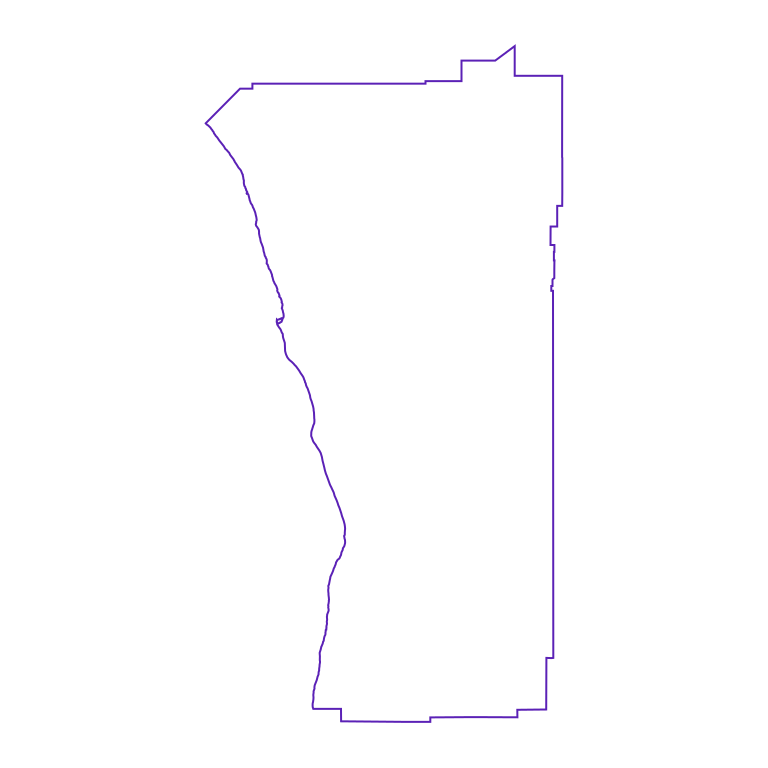 the district of Irwin, Western Australia, Australia
{"feature_id": "25037944B44454952814800", "entity_name": "Irwin", "entity_type": "district", "adm_level": 2, "iso_a3": "AUS", "parent_name": "Australia", "parent_adm1": "Western Australia", "projection": "mercator", "projection_center": [114.943, -29.341], "detail": "fine", "context": "isolated", "style": "outline", "palette": "violet", "viewbox_px": 768, "rotation_deg": 0, "n_neighbors": 0, "source": "geoboundaries", "source_scale": "gbopen_adm2", "svg_char_len": 6068}
<svg xmlns="http://www.w3.org/2000/svg" viewBox="0 0 768 768"><path d="M546.2,709.5L546.4,657.9L551.5,658.1L553.3,657.9L553.1,405.9L553.0,290.8L551.3,290.8L551.3,286.0L552.5,286.0L552.5,279.8L552.7,279.3L554.3,278.1L554.3,269.8L554.4,261.6L554.5,261.2L554.5,260.4L553.9,260.4L553.9,251.9L554.4,251.9L554.4,245.0L550.5,245.0L550.6,226.5L557.2,226.5L557.2,205.9L562.2,205.9L562.3,193.0L562.3,157.8L562.1,157.3L562.2,75.8L514.7,75.8L514.7,46.1L495.2,60.6L461.5,60.6L461.5,81.1L425.5,81.1L425.5,83.7L252.4,83.7L252.4,88.7L240.0,88.7L205.7,123.3L206.6,124.4L208.1,125.4L209.6,126.8L210.4,127.6L211.4,129.1L212.2,130.0L212.7,131.0L213.4,131.7L213.8,132.6L214.0,133.3L215.2,134.9L215.6,135.7L217.3,137.5L219.2,140.4L223.8,146.2L225.4,149.0L226.5,149.8L227.5,151.0L228.3,151.9L229.1,152.7L230.3,155.1L233.4,159.1L233.8,159.8L234.0,160.4L234.5,161.0L234.7,161.7L236.8,164.8L238.2,167.1L238.4,167.5L240.2,169.5L240.9,170.5L241.3,171.4L242.2,173.7L242.4,174.1L242.7,174.4L242.8,174.8L242.7,175.0L242.9,175.7L242.9,176.0L243.1,176.6L243.5,179.3L243.9,180.4L243.8,180.9L243.9,181.9L243.8,182.6L243.9,183.6L244.3,185.6L244.5,186.1L245.0,186.6L245.2,187.0L245.4,188.1L245.9,188.8L246.0,189.5L246.2,189.9L246.2,190.4L247.1,191.7L247.3,192.2L247.3,192.6L247.2,192.7L246.9,192.8L246.7,193.0L246.6,193.3L246.7,193.5L246.9,193.9L247.1,193.9L247.3,193.3L247.5,193.3L248.4,194.7L249.5,199.0L249.7,200.2L250.1,201.1L250.4,201.9L250.6,202.7L251.2,203.8L252.0,204.8L252.4,205.6L253.0,207.5L253.6,208.4L255.1,212.2L255.4,213.3L255.8,215.2L256.3,217.1L256.7,219.8L256.6,220.6L256.2,221.5L256.1,222.2L256.2,222.8L256.1,223.1L255.8,224.1L255.8,224.6L256.0,225.1L256.1,225.7L257.4,227.4L258.6,229.4L258.8,229.9L259.0,230.9L259.0,231.5L259.1,232.0L259.0,233.0L259.1,233.9L259.8,237.3L260.1,238.0L260.6,241.0L261.0,242.4L261.6,243.7L263.0,247.5L263.5,250.3L263.6,251.2L264.2,253.0L264.8,255.8L265.7,257.1L265.7,257.7L266.4,258.8L266.7,259.7L266.8,260.3L266.8,261.4L266.8,262.5L266.6,263.2L266.7,263.4L266.8,263.8L267.5,264.4L267.8,265.0L267.9,265.8L268.3,266.4L268.4,266.7L268.6,267.9L268.9,268.6L269.2,269.1L270.1,270.1L270.9,271.9L271.6,273.9L271.8,274.2L272.1,275.2L272.0,276.0L272.4,276.9L273.4,280.8L274.3,282.5L274.5,283.3L275.2,284.3L276.3,286.2L277.3,289.0L277.4,289.6L277.2,290.5L277.2,290.8L277.6,291.6L277.9,292.5L278.5,292.9L278.6,293.1L279.5,295.5L279.5,295.8L279.2,296.1L279.2,296.5L279.5,297.0L279.8,297.2L280.3,297.7L280.8,298.4L281.4,300.0L281.7,301.3L281.8,301.6L281.6,302.1L281.6,302.4L281.7,302.7L282.1,303.1L282.4,303.9L282.5,304.7L282.5,305.2L282.5,305.5L282.3,305.8L282.2,306.3L282.2,306.8L282.2,307.2L281.8,308.0L281.8,308.4L281.9,308.6L282.2,309.0L282.3,309.4L282.8,310.8L283.0,312.1L283.5,313.8L283.7,316.1L283.4,317.6L282.7,318.4L281.9,318.1L277.8,319.8L279.6,319.2L279.9,319.2L280.0,319.0L281.9,318.4L282.1,318.4L282.1,318.9L282.2,319.3L282.4,319.6L281.9,320.8L281.5,321.8L281.3,321.9L280.5,322.3L279.7,322.9L279.3,322.8L278.4,323.5L278.0,323.6L277.4,323.5L276.9,322.4L277.0,322.1L276.9,321.8L277.0,319.7L276.9,319.6L276.7,321.7L276.8,322.4L277.2,323.4L277.1,323.7L277.2,324.0L277.2,324.4L277.4,324.8L279.0,327.3L279.8,328.4L280.1,328.6L280.5,329.4L281.0,330.3L281.3,331.3L281.9,332.8L282.6,333.6L282.7,334.1L282.8,334.6L282.9,336.3L283.1,337.5L283.4,338.6L284.3,341.3L284.8,342.9L285.1,351.0L285.8,353.7L286.4,355.3L286.9,356.3L287.3,357.3L288.9,359.4L289.6,360.1L291.9,362.0L293.8,363.9L294.4,364.7L296.1,366.4L299.2,370.7L300.6,373.1L302.5,375.8L303.4,377.3L303.8,378.4L304.2,379.6L304.9,381.2L305.0,382.0L305.1,382.4L305.3,382.7L305.7,383.3L306.0,385.0L306.7,386.8L307.6,388.4L309.6,394.2L310.0,395.5L310.2,397.2L310.6,398.8L311.6,401.3L313.1,406.5L313.6,409.1L313.6,410.1L314.0,412.7L314.1,415.3L314.2,417.0L314.2,418.1L314.4,419.5L314.4,421.5L314.2,423.4L313.3,425.4L312.6,427.8L312.4,428.3L312.1,429.5L311.7,430.5L311.5,431.3L311.3,432.3L311.2,435.7L311.3,436.4L311.8,437.5L313.1,441.2L313.5,441.9L314.4,443.2L315.3,444.3L315.7,444.8L316.8,446.8L318.3,449.0L319.4,450.6L320.7,453.0L321.9,457.0L322.6,460.9L323.4,463.9L324.0,466.4L324.3,467.6L324.9,470.3L325.9,473.7L326.9,476.1L329.9,484.5L330.4,485.6L331.3,487.3L332.0,488.9L333.4,491.8L333.8,492.8L334.6,495.8L336.5,500.0L337.6,502.9L338.3,505.2L339.5,508.0L341.2,513.1L342.0,516.1L343.1,519.1L343.7,520.8L344.6,524.3L344.9,526.3L345.1,528.7L345.0,530.0L344.9,530.7L344.9,531.2L344.8,532.5L344.8,534.2L344.7,535.0L344.2,535.7L344.1,536.1L344.4,537.3L344.4,538.0L344.7,539.0L345.0,540.0L345.1,541.9L345.1,543.0L344.6,545.0L344.2,546.3L342.9,548.3L342.7,549.9L341.5,552.3L341.0,555.0L340.7,555.6L340.2,556.5L339.7,557.9L339.1,558.7L337.6,559.8L336.0,562.5L335.8,563.8L335.3,565.2L334.8,566.2L334.6,567.0L333.8,568.4L333.3,570.1L332.9,571.3L331.9,573.6L330.4,576.8L330.2,578.3L329.8,580.1L329.1,583.8L328.9,584.8L328.5,585.3L328.3,586.0L328.5,587.8L328.2,589.9L328.3,591.8L328.5,593.4L328.5,594.8L328.8,597.4L328.9,597.9L328.9,598.9L329.0,599.4L329.0,600.0L328.8,600.5L328.9,601.3L328.7,602.2L328.7,602.9L328.5,603.7L328.3,604.6L328.2,605.0L328.2,605.5L328.4,606.0L328.4,606.3L328.3,606.7L328.2,607.2L328.6,609.4L328.6,610.8L327.4,613.9L327.1,614.8L327.1,616.0L326.9,616.8L327.1,619.2L327.1,619.9L326.8,621.6L327.0,623.7L326.9,624.3L326.6,625.5L326.4,626.2L326.5,627.3L326.3,628.0L326.4,628.6L326.3,629.5L326.0,629.5L325.8,629.8L325.7,630.3L325.7,630.9L325.6,631.9L325.4,632.8L325.5,633.7L325.4,634.4L325.2,635.1L324.6,636.1L324.3,637.2L324.0,638.4L323.7,640.8L323.1,641.7L322.8,643.2L322.4,644.4L322.0,645.2L321.7,646.0L321.2,647.0L321.1,647.9L320.9,648.4L320.8,649.2L320.1,651.4L319.7,652.7L319.7,653.7L319.9,656.2L319.8,660.2L320.0,661.3L320.0,662.5L319.6,664.7L319.5,666.6L319.2,668.4L319.1,670.7L318.7,671.8L318.6,672.5L318.5,674.5L317.5,676.9L317.3,677.9L316.7,680.2L314.7,685.3L314.4,687.3L314.5,688.5L314.4,688.9L313.6,691.2L313.6,691.8L313.6,692.8L313.3,694.9L313.5,697.5L313.4,699.4L313.0,702.2L312.7,703.2L312.6,705.0L312.7,707.0L313.3,708.9L341.0,708.9L341.1,721.3L408.4,721.9L430.3,721.9L430.3,717.4L473.1,717.1L517.4,717.3L517.3,709.8L546.2,709.5Z" fill="none" stroke="#5b21b6" stroke-width="2"/></svg>